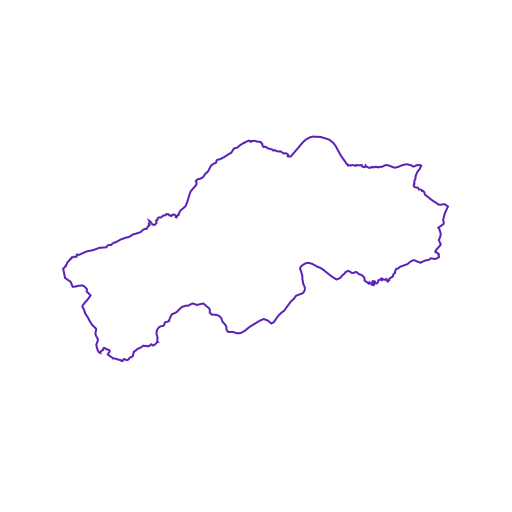 Namor, Oudômxai, Laos (Robinson projection), rotated 217°
{"feature_id": "54806243B14770946613819", "entity_name": "Namor", "entity_type": "district", "adm_level": 2, "iso_a3": "LAO", "parent_name": "Laos", "parent_adm1": "Oudômxai", "projection": "robinson", "projection_center": [101.708, 20.926], "detail": "fine", "context": "isolated", "style": "outline", "palette": "violet", "viewbox_px": 512, "rotation_deg": 217, "n_neighbors": 0, "source": "geoboundaries", "source_scale": "gbopen_adm2", "svg_char_len": 6130}
<svg xmlns="http://www.w3.org/2000/svg" viewBox="0 0 512 512"><g transform="rotate(217 256 256)"><path d="M322.0,84.9L322.4,85.2L322.4,87.2L321.6,88.9L322.2,90.3L322.1,91.2L320.6,91.6L319.5,91.4L317.1,92.5L315.9,92.2L315.3,91.7L315.3,88.5L315.1,88.1L309.5,88.3L308.5,88.1L307.0,89.2L305.3,89.9L303.0,90.5L301.8,91.4L300.1,91.2L299.2,92.4L299.7,93.7L298.8,94.6L296.5,95.0L295.6,96.5L295.6,98.1L295.3,99.7L294.4,100.7L294.2,101.9L294.3,102.6L295.4,104.4L295.5,105.6L295.9,106.1L295.1,108.4L294.7,110.5L292.9,113.6L292.0,116.6L290.4,117.3L289.3,118.4L288.0,118.6L287.5,119.8L286.8,120.4L286.6,122.4L284.2,122.6L283.5,124.4L283.1,126.5L283.3,127.9L282.9,128.2L283.5,128.3L285.6,131.7L288.7,134.0L290.2,136.4L290.7,138.9L290.6,140.9L289.5,142.9L288.0,144.3L287.9,145.5L288.6,147.6L288.5,148.8L287.2,150.2L286.3,151.7L287.5,154.8L288.1,159.0L286.9,160.8L285.6,163.6L285.0,168.5L284.5,170.7L281.9,174.4L280.2,175.4L279.4,177.7L277.8,180.1L273.7,181.4L269.5,186.4L262.4,186.0L260.7,185.5L258.8,182.9L255.9,182.6L254.1,184.0L251.0,185.7L247.0,185.8L243.0,183.3L240.0,182.8L237.3,181.8L235.2,179.3L232.5,178.6L228.9,181.4L224.5,182.9L221.7,185.5L219.9,189.7L218.4,195.7L214.0,206.7L211.9,210.3L207.6,211.6L203.2,211.3L201.9,213.9L202.2,218.8L202.1,222.8L201.5,226.4L200.6,229.2L200.8,240.4L200.0,244.6L200.1,248.2L197.4,252.8L196.5,253.8L196.2,255.7L196.3,257.1L197.0,258.9L197.9,260.1L201.6,262.3L205.3,265.7L206.7,267.7L210.5,270.7L213.2,272.4L213.8,274.0L213.2,277.2L211.9,280.1L210.2,282.0L206.6,283.5L200.4,284.4L198.0,285.1L194.8,285.5L184.5,285.2L177.6,285.6L175.8,288.6L175.4,289.8L175.5,291.6L174.7,295.5L174.8,297.0L173.5,299.6L171.4,300.1L169.1,300.1L167.5,301.7L167.0,303.1L165.8,303.7L163.0,303.4L160.2,304.4L156.6,304.0L154.4,301.7L150.7,301.9L149.4,301.7L149.2,302.1L149.7,303.0L149.6,303.3L149.3,303.3L148.6,302.6L147.8,302.8L147.5,303.4L146.2,302.8L145.4,303.3L144.7,303.3L144.4,303.5L144.5,304.1L147.7,305.9L147.6,306.2L146.3,306.4L146.4,307.0L145.9,307.2L145.1,306.9L144.6,305.7L143.1,306.7L142.7,307.8L143.6,310.2L143.5,310.6L142.7,311.3L142.6,312.9L142.2,313.6L140.9,312.6L140.6,314.0L139.4,314.2L138.4,314.9L138.2,316.0L137.8,316.1L137.2,315.7L136.8,315.0L136.0,315.2L135.4,315.0L135.5,316.0L135.0,316.8L135.8,317.8L135.8,318.2L135.0,320.7L134.4,321.9L134.5,322.5L134.9,322.9L135.2,324.4L134.8,326.1L135.7,327.6L136.3,329.9L136.0,330.5L135.0,331.5L134.6,333.6L133.9,335.0L130.2,340.6L129.3,344.4L128.4,346.4L127.8,347.2L126.7,348.1L123.5,348.6L122.4,349.3L121.3,349.3L120.4,349.7L120.1,351.0L119.3,352.0L118.1,354.2L115.6,357.0L114.8,359.6L111.5,361.1L109.9,363.3L109.8,363.9L109.2,365.0L109.7,365.9L111.1,366.8L111.2,367.6L113.9,367.6L114.5,367.1L115.1,367.2L115.5,367.5L115.8,369.4L115.3,375.2L115.3,375.7L115.8,376.3L115.7,376.8L117.4,377.5L118.9,378.5L119.5,378.6L120.4,382.1L121.7,384.8L125.4,387.6L127.4,388.4L125.5,394.1L126.2,395.9L128.2,397.3L130.9,403.7L132.5,411.1L136.8,410.8L138.5,408.9L140.8,407.0L149.4,406.5L157.9,406.7L160.3,408.3L161.7,408.5L162.5,407.8L163.0,408.3L164.0,408.3L165.8,407.2L167.9,408.0L169.5,407.0L171.3,406.5L172.7,407.3L172.8,409.0L173.5,409.2L174.1,410.5L174.6,411.0L175.3,413.9L176.5,415.6L177.6,419.4L177.8,422.5L177.5,423.2L178.4,427.5L179.7,427.5L180.9,426.2L182.0,425.7L183.8,422.4L184.2,422.1L184.6,421.9L186.6,421.9L191.0,419.9L193.9,416.5L196.0,412.8L198.4,409.9L205.2,407.9L207.1,406.7L209.2,402.9L211.1,401.4L211.5,400.4L212.5,400.2L213.4,399.7L213.7,399.1L214.7,399.0L215.5,397.4L216.2,397.0L216.9,397.1L218.0,395.0L219.1,394.3L220.8,394.2L221.9,393.5L223.0,394.2L222.9,392.2L223.5,391.7L225.0,391.4L226.4,392.3L227.3,391.1L228.8,390.3L229.6,389.4L230.6,389.1L230.8,387.8L232.3,387.5L234.0,386.4L234.6,385.9L234.8,385.2L235.6,384.9L236.9,383.7L237.6,384.3L238.6,384.0L248.8,387.3L258.4,391.7L262.1,392.8L265.8,393.0L267.9,392.9L275.8,390.1L282.3,385.7L284.0,383.7L285.7,380.3L286.5,377.8L287.0,374.6L288.1,356.5L290.3,354.7L290.7,354.7L291.2,356.2L293.7,356.2L295.7,354.5L299.5,354.3L300.6,353.2L302.5,352.2L304.7,351.9L305.6,350.6L307.2,350.8L312.0,348.9L312.6,349.1L313.8,349.0L314.9,348.6L315.2,347.8L316.6,347.7L317.4,348.2L318.2,349.2L319.6,349.3L320.7,350.0L323.9,348.0L325.7,347.6L328.9,345.1L328.8,344.0L331.0,344.0L333.0,340.7L333.3,339.4L333.8,339.1L335.4,334.9L336.2,331.3L338.3,328.6L337.9,323.3L338.4,322.7L341.0,315.7L342.6,312.4L343.2,311.2L344.3,310.3L344.8,309.5L344.9,308.5L344.1,306.7L344.3,305.7L345.3,304.5L346.2,301.7L346.1,299.5L345.3,295.6L345.4,293.5L346.0,290.5L345.7,287.8L346.0,286.2L347.2,283.9L348.6,282.4L349.2,280.4L349.1,279.5L347.8,279.1L346.5,276.9L347.1,268.3L346.1,265.1L343.9,259.2L342.2,253.3L342.7,251.7L342.7,250.5L343.2,249.1L343.7,246.0L343.1,244.3L343.2,242.8L342.5,242.3L343.1,240.7L342.8,240.1L342.9,238.8L343.6,238.8L344.2,239.9L346.2,240.0L346.7,239.7L347.1,238.8L347.8,238.3L347.6,237.1L349.9,236.2L350.9,236.8L351.9,235.9L352.7,235.8L352.8,234.5L353.3,233.4L354.5,232.5L354.7,230.6L355.3,229.3L356.7,228.5L357.2,227.2L356.4,225.6L356.8,225.3L357.1,224.5L356.9,223.8L355.4,222.7L355.3,221.9L355.7,219.8L357.1,219.0L358.3,219.0L361.3,220.0L362.5,219.9L361.2,219.2L361.2,217.5L360.4,216.7L359.8,216.8L359.4,216.4L360.1,215.2L359.7,211.8L360.8,211.1L361.4,210.2L362.2,208.2L362.4,206.0L363.8,203.7L367.3,199.0L368.7,195.0L370.8,192.5L373.8,188.1L376.5,182.1L377.1,181.9L378.1,179.4L378.4,177.5L380.0,176.4L380.7,175.3L380.9,174.5L380.7,172.9L385.8,168.5L389.9,162.3L392.9,159.1L394.7,156.5L397.9,150.7L398.8,149.7L399.6,149.6L400.0,149.3L398.9,147.5L399.6,146.5L400.2,146.4L401.0,145.8L401.4,144.7L402.3,144.2L402.4,143.7L401.9,142.6L402.5,141.9L402.4,139.3L402.7,138.8L402.8,137.3L402.3,135.9L402.2,134.0L401.7,133.3L402.2,132.7L402.0,131.6L402.4,129.9L395.4,123.6L388.8,123.8L387.8,123.5L384.3,121.2L383.8,121.1L381.3,123.4L380.5,124.7L377.0,128.0L375.2,128.4L371.4,127.9L370.6,127.3L370.3,126.2L369.5,125.5L367.9,125.6L364.3,124.9L364.3,118.8L364.6,116.5L364.7,112.1L364.1,111.0L360.9,109.6L358.0,107.4L352.0,105.2L350.5,104.3L345.6,102.4L339.9,101.7L339.4,101.1L337.6,97.4L336.5,96.4L332.3,94.4L331.4,93.3L330.3,89.4L329.3,88.2L326.2,85.8L323.6,84.5L322.0,84.9Z" fill="none" stroke="#5b21b6" stroke-width="2"/></g></svg>